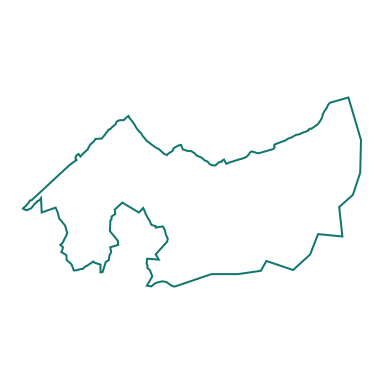 Jada, Adamawa, Nigeria (Mercator projection)
{"feature_id": "59680162B17489209533224", "entity_name": "Jada", "entity_type": "district", "adm_level": 2, "iso_a3": "NGA", "parent_name": "Nigeria", "parent_adm1": "Adamawa", "projection": "mercator", "projection_center": [12.304, 8.694], "detail": "fine", "context": "isolated", "style": "outline", "palette": "teal", "viewbox_px": 384, "rotation_deg": 0, "n_neighbors": 0, "source": "geoboundaries", "source_scale": "gbopen_adm2", "svg_char_len": 2976}
<svg xmlns="http://www.w3.org/2000/svg" viewBox="0 0 384 384"><path d="M23.0,208.7L26.6,210.3L31.4,208.1L33.7,205.0L36.2,202.3L37.0,202.1L37.5,201.0L39.5,200.3L41.0,198.1L41.7,212.5L55.6,207.6L57.6,212.2L59.2,218.5L61.3,220.9L65.1,225.6L66.0,228.9L66.6,231.0L67.3,232.7L66.5,235.1L65.3,237.5L64.6,238.6L63.4,241.4L62.2,243.3L61.0,244.1L60.3,244.9L62.9,247.1L62.3,250.3L61.3,252.0L66.3,255.1L66.7,260.1L71.5,264.3L73.8,270.4L76.9,270.3L79.5,269.3L83.0,268.8L84.7,266.9L87.9,265.2L93.3,261.5L94.3,262.6L100.5,264.6L100.5,272.4L102.6,272.0L105.8,261.8L108.8,260.2L109.4,255.5L111.2,252.1L110.2,247.3L118.2,244.9L117.8,240.7L109.9,231.1L110.4,220.4L110.6,220.0L111.3,219.7L111.7,218.3L111.4,217.7L111.6,216.5L115.2,214.1L114.7,209.7L122.3,202.6L138.9,212.5L141.0,210.3L142.4,208.8L143.2,208.0L144.4,210.5L145.8,214.2L147.7,217.7L149.7,220.8L151.4,224.9L155.7,226.2L155.8,227.6L162.8,226.4L164.8,230.0L166.1,235.2L167.8,238.7L167.0,241.9L155.7,254.3L158.8,259.6L147.2,258.7L146.6,263.6L147.1,264.8L147.6,265.5L147.4,267.9L150.0,270.4L152.3,276.4L146.9,285.7L151.2,286.4L155.2,283.3L158.6,282.1L162.4,281.3L166.4,282.0L170.5,285.0L173.4,286.3L173.8,286.5L175.9,286.3L177.6,285.6L211.5,274.1L233.1,274.1L238.1,274.1L260.8,270.8L266.4,261.0L293.1,270.0L310.1,254.5L318.1,234.1L342.4,236.5L339.3,208.2L339.1,207.1L352.9,194.8L360.2,172.8L361.0,140.0L348.4,97.5L330.4,102.6L330.2,102.7L328.2,104.6L326.6,108.2L324.3,111.3L322.7,114.5L322.3,116.8L321.5,118.8L320.3,120.7L318.7,123.1L317.2,124.7L314.4,126.6L311.4,128.8L310.5,128.5L308.5,129.6L308.6,130.3L306.3,131.5L303.3,132.4L299.1,134.4L295.9,134.9L294.0,136.0L292.0,137.2L288.1,138.7L285.2,140.5L282.8,141.4L278.0,143.2L274.7,144.4L274.1,145.3L274.1,145.8L274.7,146.7L274.0,148.5L272.7,149.2L272.3,149.4L269.5,150.1L266.8,150.9L265.6,151.3L261.3,152.5L258.1,153.3L251.8,151.4L249.8,152.6L248.8,154.6L247.2,156.1L245.9,157.2L244.8,157.6L242.0,158.7L238.9,159.5L232.6,161.5L229.8,162.3L226.3,163.8L224.0,159.6L222.1,160.6L221.5,161.9L219.6,161.8L217.8,163.3L216.3,164.4L215.6,165.4L213.7,165.5L210.8,164.8L208.7,163.1L207.5,161.5L204.9,160.5L201.3,157.5L196.6,155.6L194.7,153.3L191.4,151.2L186.9,150.8L182.7,149.3L181.1,144.9L179.1,145.3L177.2,146.1L173.6,148.2L172.8,150.5L171.3,151.9L170.1,152.3L168.4,153.6L166.9,155.1L164.2,153.9L161.1,151.2L159.1,149.2L156.0,147.7L155.8,147.6L152.0,144.9L148.5,142.1L147.3,141.4L142.6,135.9L141.0,133.1L139.2,131.5L138.7,131.1L136.7,128.4L135.2,126.0L134.5,124.6L134.0,123.7L131.6,120.5L129.3,117.8L128.6,116.0L126.5,117.4L123.8,120.1L121.2,120.1L118.6,120.5L116.4,121.9L115.5,124.4L112.0,127.2L110.4,129.0L108.8,129.5L105.3,134.2L101.7,138.6L95.4,138.9L94.4,140.9L90.1,144.7L87.6,149.5L83.2,153.5L80.4,156.5L79.4,155.1L78.6,154.0L76.3,155.5L75.4,158.0L75.8,159.2L76.6,160.0L73.0,162.5L69.4,165.2L67.5,167.0L64.3,169.9L60.8,173.1L60.5,173.3L40.8,191.7L32.5,199.4L31.5,200.3L30.1,200.4L28.6,202.7L26.7,204.8L25.7,206.2L23.7,207.7L23.0,208.7Z" fill="none" stroke="#0f766e" stroke-width="2"/></svg>